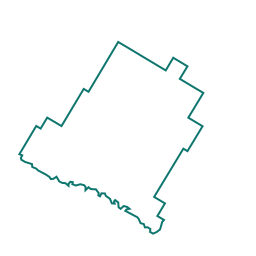 the district of McCone, Montana, United States of America, rotated 211°
{"feature_id": "52423323B73042281108203", "entity_name": "McCone", "entity_type": "district", "adm_level": 2, "iso_a3": "USA", "parent_name": "United States of America", "parent_adm1": "Montana", "projection": "equal_earth", "projection_center": [-105.857, 47.595], "detail": "fine", "context": "isolated", "style": "outline", "palette": "teal", "viewbox_px": 256, "rotation_deg": 211, "n_neighbors": 0, "source": "geoboundaries", "source_scale": "gbopen_adm2", "svg_char_len": 1062}
<svg xmlns="http://www.w3.org/2000/svg" viewBox="0 0 256 256"><g transform="rotate(211 128 128)"><path d="M92.4,196.8L108.9,196.8L108.8,211.5L125.4,211.5L125.3,196.8L180.7,196.7L180.5,138.7L186.1,138.7L186.0,95.4L202.6,95.3L202.6,82.5L207.7,82.5L207.6,49.6L204.6,50.1L204.4,47.2L203.1,45.9L198.8,45.9L191.7,47.6L190.0,45.3L185.7,45.9L183.2,45.3L174.2,45.8L170.2,45.6L167.8,44.5L165.8,46.0L164.2,49.4L159.4,46.8L156.0,47.1L153.1,48.5L149.2,47.8L150.2,49.7L149.7,52.2L147.4,53.1L146.8,51.2L143.2,51.8L139.8,55.3L135.9,56.4L134.0,55.6L132.4,52.8L131.3,56.9L128.4,56.5L123.9,58.9L119.6,57.1L118.7,55.0L116.8,55.0L117.1,58.3L114.1,60.0L112.1,58.4L107.0,58.0L103.0,55.1L100.5,56.3L102.2,58.0L101.9,59.6L98.1,59.2L95.2,55.2L92.7,54.9L91.5,58.9L88.0,59.9L85.1,59.5L87.3,57.5L87.6,55.6L74.2,56.3L72.2,55.7L68.2,52.9L65.0,53.8L62.3,51.5L60.1,53.0L56.8,52.9L55.6,50.3L52.1,50.4L49.9,53.5L48.3,57.6L50.3,65.1L49.8,67.7L57.5,67.7L57.5,82.4L70.1,82.4L69.9,138.8L65.1,138.8L65.0,167.9L81.6,167.9L81.5,196.9L92.4,196.8Z" fill="none" stroke="#0f766e" stroke-width="2"/></g></svg>